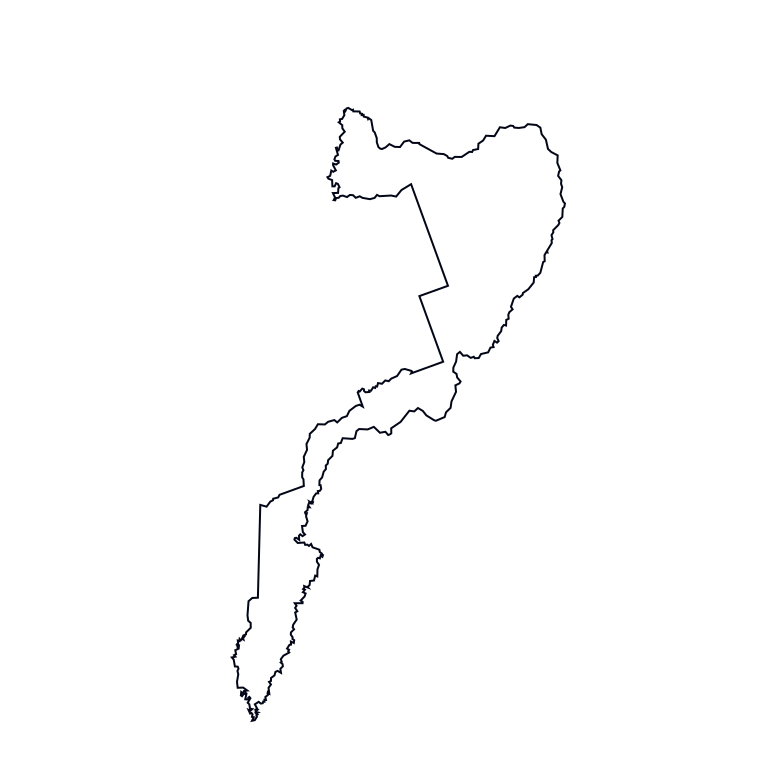 outline of La Paz, Cesar, Colombia, rotated 340°
{"feature_id": "7082276B68584023442252", "entity_name": "La Paz", "entity_type": "district", "adm_level": 2, "iso_a3": "COL", "parent_name": "Colombia", "parent_adm1": "Cesar", "projection": "natural_earth1", "projection_center": [-73.31, 10.11], "detail": "fine", "context": "isolated", "style": "outline", "palette": "ink", "viewbox_px": 768, "rotation_deg": 340, "n_neighbors": 0, "source": "geoboundaries", "source_scale": "gbopen_adm2", "svg_char_len": 6166}
<svg xmlns="http://www.w3.org/2000/svg" viewBox="0 0 768 768"><g transform="rotate(340 384 384)"><path d="M439.6,113.6L438.7,117.8L435.3,120.6L433.1,120.2L432.5,122.3L431.0,122.6L433.3,126.5L432.3,129.4L433.4,133.5L427.0,136.6L426.3,139.0L427.8,143.1L425.0,144.1L421.2,148.9L420.1,148.0L420.6,145.7L419.6,145.6L419.1,153.0L416.2,153.6L414.2,156.0L414.5,157.6L417.5,158.9L417.2,160.5L414.1,161.4L411.6,159.4L411.0,160.9L411.8,166.8L408.9,167.2L407.5,165.4L404.6,170.0L401.6,170.3L402.0,172.1L405.0,174.6L403.1,180.6L405.2,181.4L407.7,178.9L409.1,180.2L409.5,183.9L408.1,184.4L406.2,188.7L401.3,187.1L401.8,192.0L399.6,194.0L401.0,194.7L402.6,192.9L405.1,193.5L407.2,192.4L409.8,192.9L413.2,195.7L416.5,194.7L419.4,195.9L421.2,199.4L425.4,199.3L427.4,201.7L434.0,205.5L438.8,205.9L442.1,203.9L444.0,206.0L455.1,209.3L459.5,212.0L466.8,207.7L477.8,205.5L477.7,313.6L447.3,313.5L447.2,383.3L413.1,383.3L414.6,381.9L414.3,381.1L408.7,377.0L405.3,376.5L399.0,381.0L392.7,381.4L389.4,383.0L386.4,381.1L382.2,383.1L378.7,381.1L376.7,384.0L375.4,383.3L374.3,384.7L372.7,383.4L369.5,385.9L367.8,385.1L367.6,386.5L363.9,385.5L362.9,383.9L363.3,382.0L362.0,380.9L358.5,382.8L357.8,381.9L356.4,382.9L356.3,398.0L353.9,395.1L350.0,395.0L342.3,397.4L338.1,401.5L332.9,401.4L326.9,404.1L325.0,400.9L318.6,400.4L314.6,401.8L308.1,399.2L303.8,402.7L297.2,405.5L295.8,409.0L290.6,413.9L289.2,419.5L283.7,425.0L282.4,430.1L278.7,434.4L278.8,437.4L276.9,439.1L275.2,443.7L275.7,446.0L273.8,452.4L247.9,452.4L245.8,454.4L240.6,453.9L239.9,455.3L237.0,455.6L231.7,459.1L226.4,455.3L192.4,541.7L187.0,540.0L182.4,541.8L176.6,554.7L175.4,560.0L177.0,562.9L175.4,567.5L169.5,570.2L168.7,572.0L165.9,572.2L164.6,573.5L166.0,573.8L164.6,574.7L164.5,576.0L163.6,574.9L161.7,575.9L161.1,574.2L160.1,576.1L158.9,575.1L157.9,578.9L155.9,578.0L156.8,579.1L156.4,581.1L158.0,580.7L156.9,583.0L153.2,583.3L152.6,587.3L150.4,587.5L151.1,589.4L147.5,588.9L148.5,591.6L147.3,598.4L149.9,599.6L149.9,601.7L148.1,603.6L147.8,606.9L144.0,613.6L142.6,619.4L147.8,621.1L150.7,625.3L147.4,624.6L145.6,626.5L144.5,624.6L143.0,627.7L143.8,628.8L146.7,627.0L147.7,628.1L148.4,626.7L148.9,627.9L145.8,632.8L148.5,634.0L149.2,632.3L150.5,632.0L151.0,633.6L146.9,636.9L147.9,638.9L147.1,643.2L149.0,644.4L146.6,645.4L145.2,643.9L145.5,647.9L147.0,647.9L147.5,649.4L146.1,651.6L147.7,652.6L144.8,655.3L147.6,655.7L150.8,653.2L150.8,651.6L152.1,651.3L151.1,649.5L153.1,649.5L151.3,648.1L151.9,646.7L152.3,647.3L153.5,646.9L152.2,646.1L153.8,645.7L153.1,640.8L157.5,639.8L159.0,642.2L160.9,642.5L161.9,641.1L163.0,641.7L163.7,639.8L165.0,640.5L165.4,637.6L169.5,636.1L168.8,634.8L169.5,633.7L170.4,635.3L171.6,630.0L175.0,627.7L174.1,624.6L176.2,624.4L177.3,621.6L181.4,620.4L183.5,617.4L185.9,617.2L188.4,620.2L189.2,616.2L192.4,614.7L192.9,612.4L191.7,610.4L192.9,610.0L192.9,607.3L196.6,604.9L203.1,603.9L202.6,602.3L203.9,601.3L202.4,599.5L205.9,596.8L207.5,597.1L208.4,594.2L210.7,596.5L212.0,594.0L210.8,592.3L211.5,590.7L210.7,587.7L211.6,585.6L215.6,583.7L214.9,581.5L216.4,579.1L221.4,575.5L222.4,568.3L224.8,567.9L223.9,564.0L226.0,562.5L225.2,559.5L232.5,562.1L233.0,560.9L231.6,559.0L236.7,556.5L238.7,554.0L236.6,551.9L239.3,550.3L237.9,549.0L239.6,548.1L239.9,546.6L243.1,549.4L242.8,548.5L245.4,547.4L247.1,543.8L251.0,544.7L253.8,540.5L255.5,542.0L258.1,535.4L261.1,531.7L260.2,528.1L261.1,525.4L262.6,524.8L264.1,525.9L265.8,523.5L267.0,525.3L268.1,523.9L266.8,523.1L267.6,522.1L266.2,519.9L266.6,517.6L261.0,513.0L260.8,509.4L258.1,510.5L257.1,508.8L254.9,508.2L254.9,505.7L248.6,503.9L246.6,499.6L247.5,498.3L249.0,498.5L251.0,501.4L252.2,497.5L253.9,496.6L255.4,499.1L258.3,498.4L257.1,495.5L258.4,489.4L261.8,490.4L265.2,486.9L265.5,481.6L267.2,479.2L265.9,479.1L265.9,477.5L269.0,476.4L270.2,473.7L271.9,474.4L271.2,472.0L272.8,470.2L274.1,471.0L273.8,469.1L275.9,471.4L276.1,470.4L277.4,471.3L276.5,469.7L279.3,465.9L282.8,463.6L284.8,464.2L285.2,462.0L287.0,462.5L289.1,461.1L289.8,457.4L288.7,456.8L290.5,452.5L293.9,450.6L297.4,445.7L300.3,444.1L301.4,440.7L303.9,439.6L305.4,436.5L311.0,433.9L313.2,429.2L318.3,427.5L320.6,424.2L323.2,424.7L326.6,420.8L335.6,424.8L338.1,424.9L342.0,418.9L345.2,417.8L353.1,421.1L359.8,420.8L363.5,428.4L369.0,429.4L370.5,433.4L372.7,433.3L374.0,432.8L375.6,428.1L386.6,425.3L398.7,417.8L403.1,420.1L407.7,418.2L411.3,422.6L413.0,427.9L418.8,435.3L420.3,436.3L429.7,435.8L432.6,431.8L438.4,429.2L441.5,423.4L449.0,416.0L450.6,409.7L455.2,409.2L456.8,407.9L455.0,402.9L455.6,399.3L453.3,396.1L454.8,392.3L459.4,387.6L462.9,381.0L466.3,379.8L468.1,384.5L471.9,385.5L474.4,389.1L477.7,389.1L478.1,390.8L481.9,392.0L485.4,389.0L492.7,389.9L496.5,386.2L499.6,386.8L499.7,384.4L502.5,381.3L504.4,383.8L506.4,382.9L506.1,379.6L507.3,377.6L512.2,374.4L513.9,371.2L516.9,369.5L518.7,370.8L520.8,365.6L523.5,365.3L524.4,361.6L526.3,359.4L530.4,357.8L529.7,354.9L535.2,348.1L539.4,346.8L540.9,348.9L544.8,347.5L545.7,346.0L552.1,344.3L559.4,339.8L561.6,335.0L563.4,335.4L563.7,334.2L565.5,334.7L568.9,333.0L575.3,323.8L577.0,323.6L578.9,317.8L581.5,315.6L582.6,316.3L582.8,314.6L589.9,308.9L590.6,306.2L591.9,305.5L592.3,301.4L594.9,299.5L595.6,297.3L602.2,294.2L603.9,292.7L603.9,290.2L608.7,288.0L612.0,280.2L614.0,279.2L615.8,276.2L614.9,274.1L614.8,265.9L618.8,260.0L618.8,256.5L620.4,253.2L618.8,248.0L621.2,244.2L622.8,243.6L622.5,235.5L625.4,228.6L620.5,223.2L618.5,219.2L619.7,209.8L617.6,203.2L618.6,196.6L615.9,192.8L608.0,189.0L603.9,190.7L598.2,189.5L594.1,187.6L593.7,185.8L591.2,184.4L585.5,184.9L580.7,182.4L572.6,188.9L564.8,185.6L560.4,189.1L554.9,190.5L552.8,195.4L547.7,194.6L546.2,196.1L543.6,195.0L534.7,197.2L528.2,194.8L525.2,195.7L521.7,193.4L521.4,191.4L518.8,188.4L512.2,185.4L499.3,170.7L499.5,169.5L493.3,167.2L491.1,163.7L485.8,163.1L480.1,166.8L475.2,164.8L471.1,160.4L466.4,162.2L462.5,162.5L460.9,161.5L459.8,159.5L459.9,154.5L461.3,150.4L461.3,144.4L460.4,142.3L462.3,131.6L460.4,128.8L459.7,129.4L459.7,128.0L456.4,125.8L456.9,124.2L455.1,123.7L455.8,122.6L454.1,121.6L454.3,119.6L448.4,117.3L448.7,115.7L447.7,115.8L444.8,112.3L442.9,112.3L441.1,114.3L440.7,113.1L439.6,113.6Z" fill="none" stroke="#020617" stroke-width="2"/></g></svg>